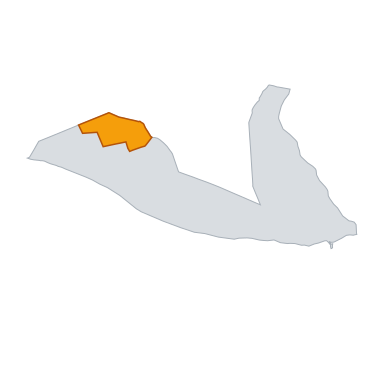 where Gedo sits in Somalia, rotated 68°
{"feature_id": "SOM-2314", "entity_name": "Gedo", "entity_type": "Region", "adm_level": 1, "iso_a3": "SOM", "parent_name": "Somalia", "parent_adm1": "", "projection": "orthographic", "projection_center": [41.827, 2.779], "detail": "fine", "context": "in_parent", "style": "filled", "palette": "amber", "viewbox_px": 384, "rotation_deg": 68, "n_neighbors": 0, "source": "natural_earth", "source_scale": "10m", "svg_char_len": 3202}
<svg xmlns="http://www.w3.org/2000/svg" viewBox="0 0 384 384"><g transform="rotate(68 192 192)"><path d="M99.0,330.3L98.7,329.4L96.8,326.9L93.2,322.2L90.4,318.7L87.6,315.1L87.6,312.2L87.6,303.6L87.5,286.3L87.4,269.1L87.4,251.8L87.3,243.2L87.3,239.7L87.6,239.1L90.8,235.9L95.1,231.8L100.6,223.8L103.6,219.5L106.1,215.9L106.8,214.8L109.0,212.6L113.2,211.3L115.8,211.1L124.7,209.4L126.0,208.8L126.8,208.0L127.5,206.3L129.2,203.9L131.5,202.2L135.7,200.0L139.9,198.2L140.8,197.9L145.8,196.7L147.0,196.3L149.1,195.9L149.9,195.9L156.8,196.3L162.3,196.6L167.9,196.9L168.5,196.7L172.4,192.4L178.5,185.5L182.5,181.2L188.6,174.4L193.2,169.5L198.4,164.1L203.4,159.2L209.4,153.3L213.1,149.6L219.0,143.8L224.6,138.3L229.5,133.4L222.6,133.4L215.9,133.5L209.3,133.5L208.1,132.9L202.5,131.0L195.4,128.7L186.7,125.8L180.4,123.7L173.8,121.5L167.0,119.3L161.7,117.6L155.1,115.4L149.4,113.5L148.6,113.1L145.4,110.2L141.2,106.4L140.4,106.3L138.4,105.5L136.6,103.5L134.8,100.9L133.0,97.6L132.3,95.4L130.0,94.4L128.9,92.7L126.8,90.1L125.4,88.8L124.9,87.7L124.2,85.4L123.1,83.0L121.9,81.4L121.7,80.8L121.7,80.3L123.8,77.0L124.7,75.8L125.8,74.6L126.7,73.4L127.0,72.7L129.5,68.7L131.7,65.2L133.4,62.5L137.4,65.6L141.2,71.9L145.7,77.0L151.9,81.7L154.3,83.3L156.5,84.2L167.7,84.0L175.6,79.6L182.7,76.5L185.1,75.8L189.3,76.7L193.9,76.9L198.1,77.9L200.2,77.6L208.3,73.9L213.4,70.4L216.8,68.9L218.2,68.8L223.0,70.1L229.1,69.5L237.4,66.4L240.1,65.8L242.1,65.7L246.7,67.1L247.4,67.0L249.9,66.7L256.3,65.2L261.3,63.0L270.6,61.3L277.5,57.3L278.7,55.3L280.7,52.9L283.8,52.1L291.8,54.9L293.1,55.1L292.7,56.8L292.5,58.6L290.9,61.7L290.0,65.1L290.9,70.4L291.6,78.9L291.4,80.1L290.9,81.3L290.7,82.3L289.9,82.6L289.5,83.2L290.2,83.4L292.6,82.5L292.5,81.4L292.7,80.9L294.7,82.1L296.2,82.5L296.7,83.6L296.6,84.3L294.3,84.0L293.1,83.4L289.7,84.4L287.6,85.4L287.0,87.1L286.7,93.8L286.0,98.1L286.0,103.9L283.3,107.7L282.4,110.4L278.4,115.8L276.3,120.4L275.6,122.7L272.1,129.0L267.2,133.9L265.5,140.1L263.7,143.9L261.8,147.5L257.4,153.8L255.2,158.1L252.4,165.7L251.6,170.5L243.7,184.4L235.4,195.6L230.2,204.9L220.9,215.8L208.1,229.8L191.3,246.5L186.7,249.9L168.2,260.2L156.2,268.8L150.1,274.6L143.7,279.7L138.6,284.6L123.1,300.9L121.5,302.4L120.0,303.9L118.0,306.6L116.7,307.7L113.0,312.4L110.7,314.8L108.1,317.2L107.0,318.9L106.2,320.8L105.4,321.9L103.0,326.5L101.0,329.6L98.9,331.9L99.0,330.3Z" fill="#d9dde1" stroke="#a8b0b8" stroke-width="1"/><path d="M106.2,215.9L106.4,215.5L106.7,215.3L106.8,215.0L106.8,214.4L106.9,214.0L107.3,213.6L108.7,212.8L109.9,211.8L110.6,211.5L111.3,211.3L113.0,211.3L114.6,211.3L117.0,210.9L120.1,210.3L123.2,209.8L124.6,209.6L125.5,209.2L126.2,208.7L126.3,208.7L126.7,209.5L131.0,216.8L131.8,218.5L131.4,222.2L131.0,231.2L131.0,234.6L127.5,235.1L120.8,234.5L119.6,241.2L118.9,244.7L116.7,257.4L101.1,257.6L96.6,271.5L87.4,272.1L87.4,271.8L87.4,269.2L87.4,266.7L87.4,264.1L87.4,261.5L87.4,259.0L87.4,256.4L87.4,254.2L87.4,252.1L87.4,249.9L87.4,247.7L87.4,246.2L87.4,243.4L87.4,240.8L87.3,239.7L87.6,239.1L88.3,238.4L90.0,236.8L91.7,235.1L93.4,233.4L95.1,231.8L96.1,230.3L97.2,228.7L98.2,227.2L99.3,225.7L101.0,223.3L102.7,220.8L104.4,218.3L106.2,215.9Z" fill="#f59e0b" stroke="#b45309" stroke-width="1.5"/></g></svg>